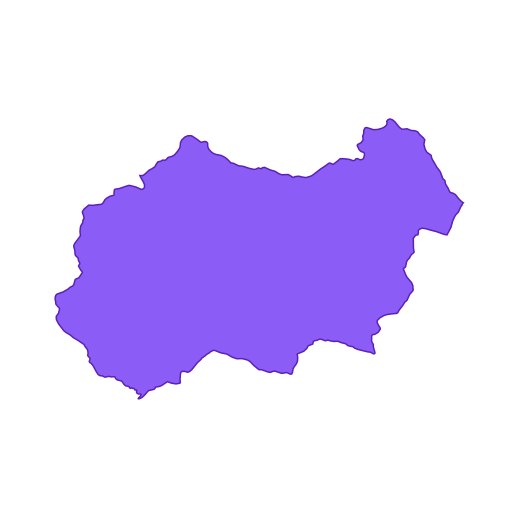 the district of Caicedo, Antioquia, Colombia, rotated 109°
{"feature_id": "7082276B63168909868721", "entity_name": "Caicedo", "entity_type": "district", "adm_level": 2, "iso_a3": "COL", "parent_name": "Colombia", "parent_adm1": "Antioquia", "projection": "natural_earth1", "projection_center": [-75.997, 6.426], "detail": "fine", "context": "isolated", "style": "filled", "palette": "violet", "viewbox_px": 512, "rotation_deg": 109, "n_neighbors": 0, "source": "geoboundaries", "source_scale": "gbopen_adm2", "svg_char_len": 6097}
<svg xmlns="http://www.w3.org/2000/svg" viewBox="0 0 512 512"><g transform="rotate(109 256 256)"><path d="M138.1,77.4L137.8,78.9L136.7,81.4L135.0,84.4L133.8,86.1L132.9,87.8L132.5,90.2L132.6,92.8L132.1,93.9L129.3,96.5L126.3,100.2L123.1,102.0L122.1,104.5L116.9,108.7L115.6,110.2L113.2,113.9L107.5,120.4L106.4,121.6L103.7,123.3L102.3,128.1L99.9,130.9L95.8,133.6L91.1,134.3L89.7,136.5L87.7,141.1L86.1,143.4L85.8,145.2L85.9,146.9L86.8,150.4L86.5,154.5L88.3,158.4L88.5,159.3L88.4,160.0L87.6,162.4L84.0,168.2L83.3,169.8L82.8,171.4L82.8,173.8L83.1,174.4L84.2,175.6L85.4,176.1L86.1,176.2L87.6,175.4L88.9,175.2L90.1,175.4L91.5,176.1L93.0,177.2L94.2,178.5L96.6,181.9L98.3,185.9L98.5,193.2L99.1,194.3L99.6,194.7L102.1,195.0L105.3,194.0L107.3,194.2L108.5,193.9L110.6,192.8L111.5,192.6L114.3,193.4L115.5,194.3L117.3,196.1L118.0,196.3L118.6,196.3L121.7,193.3L122.7,191.6L123.0,190.7L123.0,188.0L123.8,186.9L125.3,186.3L126.9,186.2L128.5,186.1L129.6,186.5L130.8,188.0L131.1,189.3L130.9,192.0L131.2,192.5L131.6,193.2L133.0,193.6L133.6,194.0L134.2,195.2L134.3,196.4L134.2,198.2L134.5,200.8L135.9,206.3L136.5,207.8L137.1,208.5L138.7,209.2L144.0,212.7L144.3,213.1L144.3,213.7L144.0,215.0L144.1,216.2L144.2,216.8L144.7,217.4L147.8,219.5L152.9,223.4L161.6,229.1L163.2,230.9L165.6,234.3L166.5,239.3L166.5,241.2L167.9,244.4L169.7,246.6L168.8,249.9L168.5,252.0L168.9,253.2L170.6,257.5L170.8,258.5L170.7,261.5L170.0,264.2L169.7,265.7L170.0,270.3L169.4,276.8L170.4,278.6L171.8,279.6L172.0,280.1L171.8,282.0L172.5,283.1L173.8,284.2L174.8,286.2L175.3,290.8L175.4,297.0L175.6,298.4L176.3,301.4L176.3,302.5L175.7,307.5L176.1,310.1L173.9,314.4L173.0,317.1L172.5,319.6L172.3,322.1L173.0,327.1L173.0,328.1L172.8,330.0L172.2,332.0L170.8,334.6L169.4,336.4L167.9,337.4L165.4,338.3L164.9,338.7L164.2,340.1L164.3,341.5L164.5,342.0L166.3,344.7L166.2,345.8L165.0,349.3L163.4,355.5L163.4,356.2L163.6,357.2L164.6,359.7L166.7,362.0L170.5,364.0L173.5,364.3L177.5,363.3L179.2,363.4L182.4,364.2L186.1,365.6L187.7,366.5L189.2,367.9L191.4,371.2L194.6,372.6L195.0,373.1L195.7,375.3L196.1,376.0L197.3,376.8L197.8,377.5L198.3,378.6L198.8,379.3L201.0,380.1L203.7,380.5L204.8,380.9L207.3,382.7L209.6,385.0L214.4,387.5L216.6,389.0L217.0,389.7L217.7,392.0L219.1,390.7L222.9,386.4L224.7,384.8L227.1,383.9L228.5,384.0L228.8,384.2L230.2,385.5L230.3,386.2L229.9,391.6L230.0,394.1L230.5,398.9L231.3,400.2L236.7,407.2L238.8,411.1L240.0,411.4L242.6,410.8L244.0,410.2L244.8,410.2L247.1,413.6L249.6,415.8L251.8,417.1L255.7,417.9L257.2,418.8L257.7,419.4L258.8,422.0L261.1,426.5L262.4,430.8L267.7,433.9L270.7,434.6L272.1,433.8L273.9,432.2L276.2,430.9L277.0,430.9L277.9,431.3L281.0,430.7L283.9,431.4L285.9,431.4L290.1,430.4L293.8,428.7L295.1,428.9L303.2,431.5L304.8,431.7L306.4,431.4L309.9,429.0L312.7,427.9L313.9,427.2L314.6,426.3L315.8,423.6L318.2,422.3L320.1,420.3L321.1,420.1L323.0,420.6L323.5,420.4L326.6,416.8L327.5,415.2L328.2,414.8L334.3,416.4L336.3,418.7L337.1,419.3L342.4,419.0L344.1,419.6L346.1,421.6L348.8,423.2L351.4,425.5L352.6,426.5L356.6,431.5L357.3,432.1L358.2,432.4L359.6,432.5L360.8,432.3L363.0,431.5L364.3,430.6L366.2,429.8L366.9,429.3L369.4,424.9L370.1,424.5L374.5,424.1L378.2,425.2L378.8,424.8L379.5,424.8L381.4,423.8L384.5,420.5L389.2,413.4L390.2,410.5L391.2,405.8L392.7,402.0L393.6,397.4L395.7,389.7L397.2,388.2L398.2,386.6L399.1,385.3L400.4,384.2L402.9,383.0L404.3,382.9L404.9,382.6L405.5,382.0L406.2,380.5L407.1,379.6L407.6,379.3L409.9,379.4L410.4,379.0L410.8,378.5L411.3,376.6L413.2,373.8L416.7,370.1L419.4,366.8L419.9,365.1L419.9,364.4L419.4,362.2L419.7,359.9L419.6,359.0L418.1,356.7L417.6,355.2L417.4,353.3L416.5,351.4L416.2,350.2L417.6,348.7L418.2,347.4L418.3,346.4L418.0,343.2L418.1,342.3L418.5,341.5L420.5,338.8L421.2,336.7L420.7,334.0L421.0,333.4L421.8,332.7L422.0,331.7L421.1,330.7L421.4,329.6L421.0,328.2L421.4,327.5L422.0,327.1L421.8,325.1L422.3,324.8L423.4,324.8L424.6,323.7L424.8,322.3L424.1,320.4L424.2,319.8L424.6,319.5L426.7,319.9L428.0,320.7L428.8,320.9L429.2,320.9L429.2,320.2L428.0,318.8L426.7,317.6L423.0,315.7L418.6,314.0L417.9,313.2L415.4,309.2L414.6,308.6L412.6,308.2L411.1,305.3L409.9,303.8L408.9,302.8L403.6,298.8L403.8,294.9L403.0,290.0L401.0,286.5L399.9,286.5L397.0,287.8L392.1,289.0L390.6,289.2L389.8,288.8L389.1,288.2L388.3,285.9L388.2,282.9L387.3,281.6L386.4,280.9L383.9,279.5L375.8,276.6L371.8,274.4L370.1,273.9L366.6,271.4L365.5,270.9L362.6,268.5L361.1,267.7L359.0,265.5L358.7,263.6L358.9,260.7L359.0,257.7L358.2,251.6L359.4,245.6L359.4,241.1L359.3,240.4L357.8,236.4L357.4,234.6L357.1,230.0L357.8,227.1L360.0,222.9L362.0,217.7L362.5,216.0L361.6,213.3L361.8,211.3L361.7,209.9L361.8,207.6L361.5,204.9L361.0,204.0L359.4,202.3L358.9,201.3L358.7,200.2L358.6,194.0L358.3,192.8L356.3,189.3L356.2,188.5L356.5,185.9L356.4,184.6L356.0,183.9L355.2,183.7L354.2,183.6L350.9,184.2L348.6,183.9L344.8,182.7L341.6,182.6L338.2,183.6L335.6,185.0L335.1,185.0L330.5,179.8L326.7,177.8L324.6,177.6L323.9,177.4L320.8,173.7L318.2,173.9L317.4,173.5L315.7,170.7L314.0,168.9L313.7,168.4L313.5,166.9L313.6,162.9L312.1,160.5L312.1,158.4L311.4,154.4L310.2,151.5L310.0,150.4L310.2,147.5L309.8,143.5L309.9,142.3L310.8,140.2L310.6,137.0L310.2,134.9L311.0,132.8L311.2,129.5L310.3,119.3L309.7,116.5L310.2,113.5L310.2,112.7L309.8,112.1L309.1,111.9L308.4,112.2L303.8,115.4L301.4,116.3L300.2,117.8L298.6,119.1L293.7,120.6L292.5,120.3L291.5,118.3L289.0,116.1L288.0,115.5L284.9,114.7L284.0,114.9L283.3,115.5L281.2,118.1L279.6,119.6L278.1,120.3L277.4,120.3L274.0,118.6L270.7,115.7L268.9,113.4L266.7,109.2L264.4,104.2L263.7,103.6L260.5,103.0L254.8,101.1L251.2,100.3L248.7,98.8L242.3,98.2L237.6,96.3L236.1,96.6L235.1,97.3L233.2,97.9L230.6,100.1L227.0,106.2L225.1,108.3L220.5,112.2L219.7,112.4L218.2,111.3L217.4,111.1L212.4,111.7L210.7,111.5L208.2,110.3L204.3,109.6L201.2,107.8L200.6,107.9L197.3,109.7L187.8,113.1L186.7,112.5L184.5,111.9L184.2,111.6L183.3,109.9L183.0,109.8L180.9,110.1L179.6,110.8L178.6,110.7L176.8,109.5L175.6,108.0L174.9,104.2L174.7,99.5L174.2,93.5L174.3,85.2L173.9,82.3L165.5,81.0L158.7,81.4L154.4,81.0L152.2,80.6L148.5,78.9L142.9,78.4L140.3,77.7L138.4,77.6L138.1,77.4Z" fill="#8b5cf6" stroke="#5b21b6" stroke-width="1.5"/></g></svg>